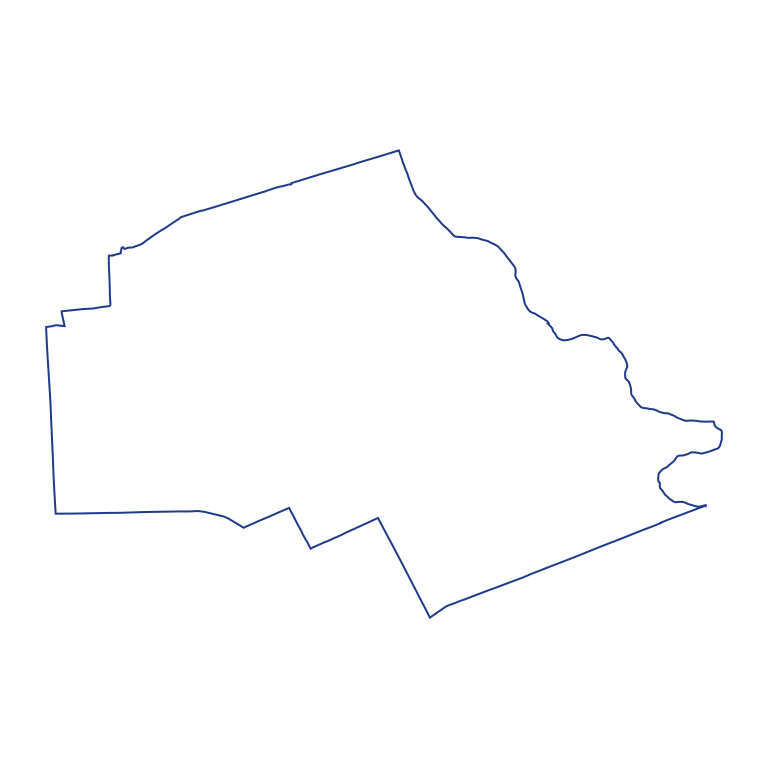 Zambreasca, Teleorman, Romania (Robinson projection)
{"feature_id": "2599482B90342036503162", "entity_name": "Zambreasca", "entity_type": "district", "adm_level": 2, "iso_a3": "ROU", "parent_name": "Romania", "parent_adm1": "Teleorman", "projection": "robinson", "projection_center": [25.027, 44.306], "detail": "fine", "context": "isolated", "style": "outline", "palette": "blue", "viewbox_px": 768, "rotation_deg": 0, "n_neighbors": 0, "source": "geoboundaries", "source_scale": "gbopen_adm2", "svg_char_len": 6079}
<svg xmlns="http://www.w3.org/2000/svg" viewBox="0 0 768 768"><path d="M424.8,607.6L429.9,617.6L433.5,615.1L434.9,614.3L437.2,612.5L440.4,610.4L442.3,609.1L445.3,607.0L446.8,606.1L449.5,605.0L451.4,604.4L453.3,603.6L454.5,603.3L456.1,602.6L459.6,601.1L461.9,600.3L464.4,599.5L476.6,594.8L488.2,590.4L491.9,589.1L510.2,582.2L516.5,579.9L523.1,577.4L528.5,575.1L529.5,574.6L533.9,572.9L550.7,566.3L575.7,556.7L585.1,552.9L592.9,549.7L611.4,542.4L613.5,541.7L617.8,540.0L635.6,532.9L643.4,529.8L651.7,526.7L660.7,523.1L660.5,522.8L668.1,519.7L674.5,517.3L697.2,508.7L704.5,506.1L705.4,505.9L705.8,506.0L705.8,505.3L705.4,505.2L704.7,505.3L702.5,506.0L699.5,506.7L698.8,506.8L697.9,506.7L693.5,505.6L691.6,505.0L689.7,504.5L688.1,504.0L684.3,502.3L682.6,501.9L680.1,501.8L676.2,502.2L675.3,502.1L674.2,501.8L673.2,501.4L671.6,500.2L670.1,499.3L668.1,497.4L665.0,494.6L663.8,492.8L661.8,489.8L660.4,488.4L659.9,487.9L659.8,487.5L659.8,486.9L659.9,486.0L659.7,482.7L658.7,481.9L658.5,481.2L658.2,479.9L658.1,478.3L658.3,476.8L658.6,474.4L658.7,473.7L659.4,472.8L660.5,471.4L661.6,470.2L662.5,469.4L663.5,468.8L666.3,467.4L667.5,466.6L669.6,464.7L673.9,461.1L674.7,460.3L675.7,458.8L676.5,457.4L677.0,456.7L677.6,456.2L678.4,455.9L679.1,455.7L679.8,455.6L682.4,455.5L683.3,455.4L685.1,454.9L688.5,453.8L689.4,453.2L690.3,452.8L691.0,452.5L691.8,452.3L694.3,452.4L696.4,452.6L698.2,452.9L700.8,453.5L701.8,453.6L702.6,453.4L709.5,451.5L711.4,450.8L714.5,449.6L716.2,449.0L717.6,448.5L718.3,448.1L718.8,447.6L719.4,446.7L720.0,445.6L721.8,439.4L721.8,438.2L721.7,435.5L721.9,433.3L721.9,432.1L721.7,431.4L721.3,430.5L720.8,429.9L720.3,429.6L719.4,429.3L718.7,428.9L717.2,427.9L715.9,426.9L715.3,426.3L714.8,425.5L714.4,424.3L714.2,422.9L714.0,422.2L713.7,421.8L713.4,421.6L711.6,421.5L707.7,421.7L700.7,421.5L696.7,420.9L692.4,420.5L690.3,420.5L687.5,420.8L686.1,420.8L685.3,420.7L684.4,420.5L683.3,420.1L679.8,418.7L678.3,418.1L676.9,417.5L673.9,415.7L672.8,415.2L670.8,414.5L668.6,413.5L668.0,413.4L664.8,413.2L664.1,413.1L662.3,412.7L659.0,411.7L658.5,411.5L657.7,410.9L655.9,410.2L654.0,409.5L652.1,409.2L649.4,408.9L647.9,408.5L646.6,408.3L644.5,408.1L642.6,407.8L641.5,407.4L640.8,407.0L637.6,403.7L636.3,402.1L635.3,400.5L634.5,398.8L632.8,396.5L631.7,395.1L631.4,394.3L631.2,393.4L631.1,390.4L631.0,389.1L630.5,386.7L629.8,384.1L628.8,381.8L628.2,380.9L626.5,379.6L625.7,378.7L625.4,377.9L625.2,377.0L625.1,373.1L625.3,372.1L625.6,370.9L627.3,366.5L627.2,365.4L626.5,362.2L625.1,359.0L623.5,356.5L622.2,353.8L620.5,352.0L619.0,350.8L618.4,350.1L617.6,348.7L616.4,347.4L615.5,346.1L614.2,344.8L613.4,343.1L611.8,341.1L609.6,338.7L608.9,338.0L608.1,337.8L607.7,337.8L605.5,338.7L603.0,339.3L601.7,339.4L600.4,339.2L599.0,338.6L596.8,337.5L591.6,336.1L587.3,335.1L584.7,334.9L583.1,334.9L581.2,335.1L578.4,336.1L574.9,337.7L572.9,338.5L569.6,339.5L566.2,340.2L564.5,340.3L563.0,340.2L561.5,339.8L559.9,339.2L558.5,338.4L557.7,337.8L557.2,337.2L556.5,336.1L556.0,335.1L555.5,334.3L554.5,332.8L553.0,331.1L552.5,328.9L552.0,328.0L550.9,326.7L549.5,325.3L548.7,324.3L547.9,323.6L548.7,323.3L547.8,321.9L547.2,321.2L546.4,320.6L545.2,319.9L543.6,318.8L541.5,317.6L538.6,315.9L536.9,315.0L536.1,314.3L534.6,313.5L532.2,312.7L530.6,311.8L529.2,310.7L528.2,309.5L525.5,305.1L524.8,303.6L523.7,298.8L523.0,295.2L522.5,293.2L520.7,288.0L519.6,284.4L518.9,282.2L518.3,280.9L517.0,279.4L516.2,278.4L515.8,277.5L515.4,276.0L515.3,274.5L515.5,273.0L515.7,271.0L515.5,269.0L515.0,267.5L514.1,266.1L510.6,261.6L508.1,258.4L505.0,254.2L503.5,252.3L501.0,249.7L498.5,246.9L497.4,246.1L495.3,244.8L493.5,243.9L491.2,242.9L487.9,241.1L486.9,240.8L484.6,240.2L483.2,239.9L480.4,239.1L479.8,238.8L479.0,238.5L477.5,238.1L476.0,237.9L472.0,237.7L470.8,237.8L468.8,237.9L464.5,237.3L459.5,236.9L457.0,236.8L456.1,236.7L454.7,236.3L453.8,235.7L451.6,233.4L450.1,231.6L446.5,228.0L444.2,226.1L441.6,223.6L439.8,221.4L437.4,218.8L435.4,216.5L434.3,215.0L428.1,207.3L424.3,203.2L422.0,200.8L420.0,199.1L419.1,198.6L417.4,196.9L416.5,195.9L415.8,195.0L414.0,191.9L413.4,190.5L411.7,185.8L409.2,179.3L407.4,173.8L405.0,168.2L404.1,165.3L403.9,164.6L403.3,163.6L402.8,162.2L401.4,157.7L398.8,150.4L383.0,155.3L363.6,161.1L360.9,161.9L352.3,164.7L344.6,167.0L319.6,174.4L291.8,183.0L291.4,183.2L291.3,183.6L291.3,184.3L290.3,184.5L289.6,184.4L289.0,184.4L284.0,185.8L282.5,186.2L278.2,187.0L267.1,190.6L264.9,191.5L261.7,192.4L258.5,193.4L216.0,206.6L203.5,210.3L202.3,210.6L199.9,211.0L181.2,217.1L180.7,217.4L179.7,218.3L170.4,224.5L165.1,228.1L161.7,230.1L154.5,234.7L145.4,241.2L142.9,243.2L141.1,244.3L138.9,245.2L135.2,246.4L133.5,247.1L132.5,247.4L131.8,247.5L130.2,247.5L128.9,247.7L127.8,247.8L127.2,248.0L125.5,248.7L125.2,248.8L124.7,248.8L124.3,248.6L123.7,248.4L123.5,248.1L123.3,247.7L123.3,247.4L122.1,247.5L121.8,247.6L121.6,248.0L121.4,248.5L121.2,250.6L120.9,251.3L120.6,252.5L120.6,252.8L120.7,253.3L113.2,255.2L113.2,255.5L108.8,255.7L108.8,262.9L109.0,269.0L109.4,276.8L109.8,289.0L109.9,295.6L110.2,301.1L110.5,304.3L110.2,305.2L109.6,306.0L109.3,306.1L102.9,306.9L98.8,307.5L93.2,308.5L82.9,309.1L61.6,311.3L61.5,311.7L62.5,316.5L64.6,326.1L56.0,325.2L53.7,325.7L52.1,326.2L46.1,327.0L46.9,344.6L47.6,356.7L49.9,393.5L50.5,404.3L51.5,428.2L52.2,442.4L52.9,459.4L53.6,476.9L55.1,505.0L55.7,513.7L59.9,513.7L64.9,513.6L73.3,513.6L109.3,512.9L120.3,512.8L126.2,512.6L146.0,512.0L158.1,511.8L164.3,511.7L181.3,511.4L186.1,511.5L192.7,511.3L197.8,511.0L204.3,511.8L224.1,516.6L228.7,518.7L243.8,527.8L245.5,526.8L254.6,522.9L258.4,521.1L268.5,516.9L279.1,512.2L289.1,507.9L292.2,514.1L292.9,515.0L296.7,522.6L297.7,524.5L300.0,528.6L301.3,531.0L302.5,533.8L306.0,540.1L307.3,542.1L308.5,544.5L309.4,546.5L310.6,548.7L313.0,547.4L317.7,545.3L318.9,544.7L320.0,544.3L324.8,542.1L326.4,541.6L331.8,539.2L334.3,538.0L336.9,537.0L340.6,535.3L342.1,534.6L345.4,532.9L348.4,531.5L352.0,529.9L355.5,528.3L362.8,524.9L367.2,523.0L369.6,521.8L371.5,521.0L373.7,519.9L378.0,518.0L388.1,537.1L391.4,543.2L400.7,560.9L417.4,593.3L420.6,599.5L424.8,607.6Z" fill="none" stroke="#1e3a8a" stroke-width="2"/></svg>